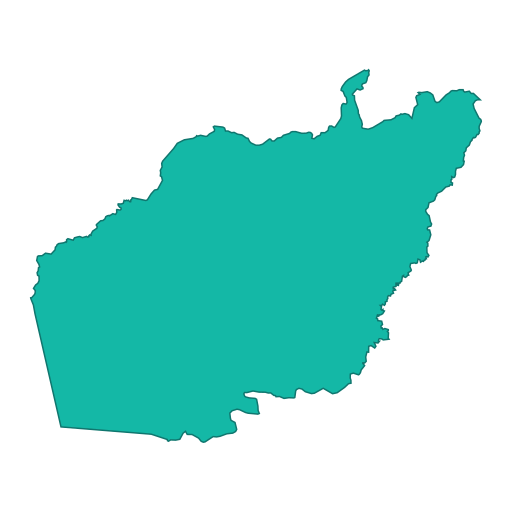 Degollado, Jalisco, Mexico
{"feature_id": "50627088B18786392741824", "entity_name": "Degollado", "entity_type": "district", "adm_level": 2, "iso_a3": "MEX", "parent_name": "Mexico", "parent_adm1": "Jalisco", "projection": "natural_earth1", "projection_center": [-102.126, 20.456], "detail": "fine", "context": "isolated", "style": "filled", "palette": "teal", "viewbox_px": 512, "rotation_deg": 0, "n_neighbors": 0, "source": "geoboundaries", "source_scale": "gbopen_adm2", "svg_char_len": 6025}
<svg xmlns="http://www.w3.org/2000/svg" viewBox="0 0 512 512"><path d="M480.2,99.8L473.4,93.4L471.2,93.5L469.3,91.2L464.7,92.1L463.6,91.2L463.1,89.7L459.2,89.7L456.8,90.8L452.3,90.6L451.0,91.1L449.4,92.8L446.1,94.9L439.3,101.9L436.8,102.6L435.0,101.3L432.8,94.9L430.2,92.9L427.3,91.7L421.7,92.6L418.9,92.3L418.1,92.6L420.0,94.4L416.7,95.7L415.9,97.4L417.7,104.7L414.4,107.6L411.9,118.4L408.6,114.7L404.9,113.6L402.1,114.3L400.9,113.9L399.5,115.1L396.1,115.9L395.1,117.7L391.0,119.8L384.1,120.4L382.9,121.6L372.8,127.6L368.2,129.2L362.4,128.2L361.7,126.9L362.3,124.3L361.5,120.7L359.6,117.0L359.1,114.6L358.4,113.8L358.2,110.3L354.6,100.2L354.4,95.8L352.6,95.0L352.4,94.1L357.0,88.9L360.1,90.0L363.0,88.7L362.9,87.4L361.7,86.2L362.0,84.7L362.6,83.8L365.8,82.7L366.8,80.6L367.6,76.6L368.8,75.4L369.0,74.4L368.7,72.7L369.2,70.8L368.6,69.8L367.9,70.5L365.6,70.8L364.5,70.1L348.5,79.4L345.6,82.0L342.3,86.5L341.2,89.0L341.1,90.4L343.1,91.4L344.9,96.0L346.3,97.4L347.1,102.5L346.0,104.1L343.2,103.5L341.9,104.9L341.2,107.9L341.5,116.0L340.8,118.6L335.3,126.9L334.0,127.4L331.6,126.0L329.5,126.1L328.7,127.3L328.1,130.4L327.2,131.1L325.0,132.7L321.2,132.7L320.1,135.3L317.2,136.3L314.1,138.8L311.8,138.2L312.5,134.9L311.6,133.3L310.2,132.4L308.6,132.3L306.2,133.2L301.7,133.3L295.6,131.6L292.4,131.6L290.9,132.1L289.6,133.4L283.4,135.3L281.4,137.4L277.5,138.1L274.2,141.0L272.0,141.0L270.6,139.2L269.4,139.0L262.6,144.2L259.3,145.2L255.8,145.2L251.1,143.0L249.5,141.4L248.0,138.3L246.3,138.0L241.9,134.9L237.6,134.2L234.1,132.4L231.6,132.7L228.0,131.0L225.5,131.0L224.6,128.1L222.9,127.1L214.4,126.1L213.3,126.9L214.6,129.4L214.3,131.3L209.5,133.9L207.1,136.2L205.6,136.4L200.6,135.3L197.7,136.1L196.6,135.7L196.3,136.6L193.1,138.4L184.3,139.8L177.3,143.3L173.5,148.7L162.7,161.1L161.7,163.4L162.1,167.0L160.3,170.4L160.7,172.9L160.3,175.9L161.5,176.6L162.5,180.4L157.6,189.4L154.5,190.1L151.1,193.9L147.4,199.8L145.9,200.5L132.3,197.7L131.5,199.5L130.8,199.9L130.7,201.7L130.3,201.8L129.5,201.6L128.6,200.2L127.3,200.7L126.5,200.2L125.6,200.8L124.1,200.3L123.3,203.3L121.1,204.0L118.2,203.9L118.0,204.9L119.6,207.2L120.9,207.8L121.2,209.0L120.7,209.7L120.0,210.1L117.0,209.5L116.6,209.9L116.8,212.3L115.6,214.4L112.8,213.7L109.6,215.8L109.2,215.4L107.3,215.8L105.8,216.7L104.9,218.9L103.0,220.5L100.6,220.8L96.4,224.6L96.4,225.5L97.3,226.7L96.8,228.3L92.7,231.1L91.0,234.2L91.1,235.3L89.7,234.9L88.7,236.0L88.8,236.7L87.6,237.1L86.6,236.4L82.5,237.6L79.7,236.5L77.3,237.0L74.5,237.8L73.2,240.2L67.9,238.7L66.6,239.7L66.6,241.8L66.1,242.3L65.7,241.9L63.7,242.8L58.6,243.6L57.1,244.7L56.4,246.3L55.4,247.2L55.1,249.8L51.1,254.1L45.5,253.2L42.1,255.7L38.4,255.9L37.5,256.5L36.7,260.5L39.0,264.5L39.6,267.0L38.5,267.7L38.2,270.8L37.1,272.7L37.6,275.3L39.0,276.1L39.1,280.6L37.8,283.3L35.6,285.0L33.5,288.4L35.3,290.6L35.1,293.2L34.5,294.5L31.7,297.7L30.7,297.8L30.8,298.5L33.4,305.0L35.0,313.7L61.0,426.9L151.3,434.2L167.3,439.5L167.5,440.7L168.5,441.2L170.6,439.9L175.7,440.1L179.8,439.3L183.1,433.2L185.5,431.3L187.2,434.4L192.1,434.5L198.6,438.1L201.2,441.3L203.3,442.2L205.0,441.9L213.1,436.6L216.6,436.9L220.0,436.3L226.8,433.8L232.8,433.1L235.6,431.5L236.7,429.4L235.0,422.5L231.0,420.3L230.4,418.2L229.8,413.1L232.2,410.7L237.0,409.2L239.6,409.7L245.5,412.5L248.1,413.2L257.9,414.1L259.3,413.5L258.1,410.5L257.9,406.1L256.6,399.3L255.2,398.4L249.2,397.9L245.6,396.9L244.7,396.3L243.8,393.9L244.5,392.5L246.8,392.6L253.0,391.0L259.0,392.1L265.3,392.2L268.3,393.0L270.7,392.9L273.9,395.4L275.5,395.6L276.0,396.7L279.6,396.5L284.0,398.4L288.9,397.7L293.9,397.9L294.8,397.5L295.7,390.8L296.5,389.5L298.9,388.3L301.9,389.0L305.3,391.7L311.5,393.6L314.4,393.2L323.2,388.3L332.6,393.7L337.2,392.7L344.6,387.4L348.5,383.7L351.0,383.2L350.9,380.2L350.2,378.0L350.3,374.1L353.3,373.1L358.5,374.8L359.2,374.4L360.4,372.7L361.2,369.9L364.6,365.6L362.8,363.4L362.9,362.8L364.6,363.0L366.2,361.3L365.7,357.0L366.9,352.0L368.6,352.2L368.7,346.3L371.1,345.6L374.7,348.0L375.9,346.3L374.2,342.5L378.0,343.0L379.3,341.4L378.4,341.5L378.7,339.4L379.3,338.7L381.7,338.9L383.2,339.9L389.0,339.2L388.2,338.1L388.5,332.8L387.4,331.5L388.3,330.5L388.3,329.6L384.8,328.5L382.9,329.4L382.1,327.8L381.3,328.1L380.9,326.1L382.5,324.5L381.7,321.2L377.8,320.6L377.6,318.9L376.4,318.3L377.5,314.9L378.3,315.1L377.9,316.3L378.9,316.0L379.4,314.8L380.6,314.9L382.7,313.7L384.4,311.0L383.1,310.5L382.9,309.4L382.0,310.3L381.0,309.5L381.5,306.7L380.4,305.5L381.7,305.5L382.5,304.2L384.4,305.3L385.3,304.0L385.3,301.9L387.0,301.3L387.0,299.5L387.8,298.6L387.6,296.9L388.4,295.6L390.5,296.0L391.0,294.3L393.5,293.2L392.8,291.5L393.1,290.7L395.6,290.0L394.6,288.7L393.3,288.8L393.2,287.2L396.0,286.4L396.0,283.2L397.7,283.1L397.2,285.1L398.4,285.4L398.9,283.2L400.1,283.0L400.2,282.1L401.6,281.4L402.4,276.2L403.5,275.5L403.4,276.5L405.4,277.4L406.8,276.5L407.5,275.3L408.7,275.2L408.1,272.7L410.9,271.0L411.3,270.1L409.9,266.6L410.6,263.5L414.6,262.9L415.9,263.4L417.3,262.8L418.0,259.1L419.9,259.8L420.5,262.2L422.4,261.0L423.5,261.4L424.0,260.4L425.1,260.0L425.3,259.0L426.4,258.8L425.8,256.9L426.9,256.5L427.9,257.0L428.9,255.4L427.0,252.7L426.8,247.1L427.9,246.1L427.8,243.2L426.9,242.2L429.0,240.6L430.8,234.8L429.6,230.0L427.6,229.8L427.2,228.7L428.0,226.9L430.9,226.1L431.6,224.0L430.5,222.0L429.1,215.6L427.5,214.3L425.7,211.3L425.8,209.6L428.0,207.5L429.0,202.8L433.4,201.1L434.8,199.8L435.8,196.4L436.7,195.6L436.5,194.4L437.8,193.0L441.6,191.2L445.8,187.0L449.3,186.1L450.1,184.8L452.3,185.1L452.5,183.0L451.0,182.3L451.1,179.6L451.9,179.1L451.7,176.6L453.6,177.6L454.7,177.0L455.5,174.4L455.5,171.2L456.3,168.3L461.0,167.3L463.5,164.6L464.2,161.2L463.3,161.0L463.7,157.3L464.5,155.2L463.8,152.8L465.8,150.8L466.3,147.8L469.3,145.1L470.5,141.7L472.0,140.3L471.9,139.7L473.5,137.5L474.5,137.8L475.5,137.3L477.1,134.4L478.1,134.5L479.2,133.1L479.1,132.0L479.9,130.9L479.1,128.3L479.2,126.2L481.3,121.6L481.2,120.6L480.7,119.4L479.0,118.1L474.1,108.4L473.1,104.0L475.4,100.7L477.5,99.8L480.2,99.8Z" fill="#14b8a6" stroke="#0f766e" stroke-width="1.5"/></svg>